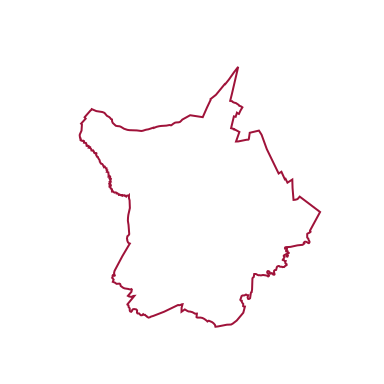 outline of Acas, Satu Mare, Romania, rotated 110°
{"feature_id": "2599482B53460210848238", "entity_name": "Acas", "entity_type": "district", "adm_level": 2, "iso_a3": "ROU", "parent_name": "Romania", "parent_adm1": "Satu Mare", "projection": "natural_earth1", "projection_center": [22.756, 47.519], "detail": "fine", "context": "isolated", "style": "outline", "palette": "rose", "viewbox_px": 384, "rotation_deg": 110, "n_neighbors": 0, "source": "geoboundaries", "source_scale": "gbopen_adm2", "svg_char_len": 6037}
<svg xmlns="http://www.w3.org/2000/svg" viewBox="0 0 384 384"><g transform="rotate(110 192 192)"><path d="M158.5,318.5L159.4,317.0L165.7,319.6L166.1,318.6L166.3,318.5L172.1,316.8L176.3,317.1L177.2,316.9L179.1,315.9L179.5,315.6L179.4,315.4L179.6,315.1L180.1,315.1L180.1,314.9L180.5,314.7L180.7,314.4L181.4,314.4L181.6,313.6L181.4,312.1L181.0,311.9L181.1,310.9L181.6,310.6L182.5,310.4L182.3,310.0L182.5,309.4L182.2,308.6L182.3,308.2L184.7,306.8L184.6,306.3L184.1,306.0L184.3,305.4L184.1,304.9L184.5,304.6L185.6,304.3L185.4,304.0L184.7,303.7L184.7,303.1L185.6,302.9L185.6,302.3L186.1,301.5L187.3,300.7L187.0,300.2L187.2,299.8L186.8,299.2L187.2,298.9L187.4,298.1L188.2,297.7L188.8,297.0L188.8,296.6L188.5,296.3L188.2,295.2L188.6,294.9L189.7,294.9L190.2,294.6L190.6,293.9L191.3,293.5L191.3,292.4L192.4,291.5L193.8,289.6L195.1,289.0L195.6,288.1L196.2,287.7L196.5,287.2L196.4,285.9L197.4,284.5L197.9,284.2L198.8,283.2L198.0,282.7L199.1,281.1L199.0,280.4L200.5,279.9L200.5,279.1L201.2,279.0L201.6,278.6L202.2,278.8L202.2,277.3L205.1,276.0L205.3,275.7L204.9,275.4L205.0,275.2L206.2,275.6L206.2,275.0L205.5,274.5L205.5,274.2L205.8,274.0L207.3,274.1L207.2,273.3L207.3,272.9L207.7,273.0L207.9,273.5L208.1,273.5L208.5,273.1L208.5,272.6L209.4,272.6L210.0,272.0L210.3,272.8L210.5,272.9L210.6,272.7L210.5,272.4L211.1,272.1L210.9,271.7L211.6,272.2L212.3,272.2L212.4,272.7L212.5,272.7L212.9,272.3L212.6,272.0L213.1,271.9L212.7,271.4L212.8,271.1L214.7,271.3L214.3,270.5L214.7,270.5L215.2,270.8L215.5,270.7L216.0,269.8L216.6,269.5L216.6,268.5L216.9,268.1L217.5,267.8L218.4,267.7L219.0,267.2L218.4,266.4L218.9,265.5L219.1,264.7L218.5,263.6L218.5,262.9L218.7,262.5L219.1,262.3L218.7,261.6L219.3,260.2L219.8,259.7L219.6,259.3L219.1,259.1L219.4,258.0L219.1,257.6L218.7,256.6L218.8,256.3L219.4,256.4L219.5,256.2L219.2,255.9L218.6,255.9L218.6,255.0L218.1,254.2L218.2,253.8L218.6,253.6L218.5,252.9L218.8,252.3L217.8,252.0L217.2,251.0L217.4,250.4L216.7,250.1L219.2,249.2L221.2,247.8L228.3,244.9L235.3,244.0L238.2,243.3L241.0,242.4L244.6,240.4L253.0,236.6L254.4,236.8L255.7,237.6L258.3,237.1L258.9,236.5L259.8,236.2L261.3,234.8L261.7,233.7L261.7,232.8L276.1,235.5L292.6,237.8L295.0,237.5L296.9,236.0L297.3,236.4L296.9,237.6L297.1,237.9L297.8,238.0L299.6,237.4L300.0,237.6L301.1,235.7L303.5,235.7L303.5,233.6L304.1,231.5L302.9,228.8L303.1,228.0L304.7,226.8L305.6,223.7L305.6,222.2L304.9,218.7L304.9,217.8L304.5,216.1L304.0,215.8L304.2,215.2L306.5,214.8L311.5,216.7L311.7,215.4L311.3,213.1L309.7,211.5L309.3,210.6L319.7,214.3L319.9,214.2L320.3,212.9L320.8,212.6L321.7,212.3L322.6,210.8L324.6,210.0L325.1,209.6L325.4,209.1L325.4,208.2L324.1,207.7L323.3,207.8L322.2,207.2L321.7,206.0L321.4,204.3L322.0,203.1L324.1,202.5L324.7,201.8L324.7,201.3L324.2,200.4L325.2,198.3L325.3,197.7L324.7,196.6L323.5,196.1L323.9,195.0L323.5,194.1L324.1,193.1L324.1,192.3L324.7,191.4L324.9,189.9L324.0,188.6L323.2,188.0L321.7,186.0L314.0,177.2L303.1,166.6L302.9,166.3L302.9,165.5L302.0,164.1L301.2,163.4L300.7,162.5L304.3,162.2L308.1,160.9L304.8,158.6L305.4,155.5L305.4,154.1L305.0,152.9L304.8,150.5L305.3,147.5L304.6,145.8L308.0,145.0L308.2,144.4L308.1,143.7L307.1,141.1L306.8,139.1L307.1,136.9L308.0,133.9L308.4,133.2L307.2,132.2L307.4,128.7L307.9,127.0L308.7,125.5L309.1,124.9L310.6,123.9L309.5,121.7L304.8,113.9L303.2,110.0L301.9,108.8L297.5,106.0L287.9,102.5L281.6,103.1L281.9,104.3L281.8,104.9L279.6,105.6L279.1,106.6L278.7,107.1L278.0,107.7L277.2,108.0L277.4,108.8L276.8,109.7L272.8,109.8L272.0,109.2L271.2,107.3L269.9,106.2L270.1,105.0L269.8,103.9L272.0,103.7L273.2,102.8L273.2,102.3L272.8,101.6L271.9,101.1L267.0,102.1L266.0,102.1L265.7,101.7L263.1,102.2L252.7,105.6L251.9,105.6L250.7,104.9L247.8,105.5L247.2,103.9L247.5,102.0L247.5,101.0L247.1,100.2L246.8,98.7L245.7,96.9L245.1,94.1L245.0,92.4L245.3,91.6L244.5,91.0L244.2,91.0L243.0,92.1L242.1,93.7L241.3,94.0L240.7,93.9L240.3,93.6L240.2,92.7L240.5,91.9L241.1,91.4L241.8,90.4L241.8,90.0L241.1,89.6L240.9,89.3L241.0,88.8L241.8,87.5L241.7,86.6L241.3,86.3L241.0,86.3L239.3,87.5L237.9,87.9L237.1,87.5L236.6,86.5L236.4,86.3L233.6,86.6L232.9,86.4L232.0,85.5L231.8,84.8L232.1,83.7L231.5,82.1L231.7,81.4L231.3,80.8L231.0,79.8L229.7,79.2L228.3,78.1L227.5,78.4L227.1,79.8L226.4,80.2L224.9,80.4L225.3,81.2L224.5,82.3L224.9,83.2L224.8,83.5L221.5,82.8L221.3,82.9L220.9,83.8L220.4,84.0L219.5,83.5L218.8,82.6L218.0,82.2L218.2,81.7L220.1,81.0L220.2,80.5L220.1,80.2L218.9,80.1L217.3,81.6L216.8,81.4L216.4,80.4L216.2,80.2L216.0,80.3L215.8,81.4L214.9,82.0L215.4,83.3L214.7,83.6L213.4,83.2L212.8,83.3L212.5,84.1L213.3,85.2L212.9,85.5L212.4,85.5L212.1,85.4L211.6,84.7L209.9,80.7L206.1,74.7L203.8,70.0L202.2,69.0L202.1,69.4L201.5,69.6L200.7,69.3L200.1,68.9L199.8,68.0L199.8,66.9L200.2,65.2L200.1,64.7L199.8,64.5L199.1,64.4L198.3,64.7L196.9,66.3L196.0,66.8L195.6,67.8L195.3,68.2L192.0,69.4L191.5,69.2L190.1,67.7L189.0,67.0L188.6,67.1L188.4,67.8L187.8,67.9L167.0,64.8L159.5,89.2L162.3,90.3L162.9,90.8L164.0,92.4L164.7,93.9L153.8,98.9L146.0,102.0L150.6,105.5L147.6,108.6L148.3,109.1L142.4,114.9L145.0,116.9L126.1,136.4L114.4,146.2L111.4,150.1L116.6,158.0L122.8,156.7L123.5,156.9L124.3,158.7L128.7,165.9L129.5,167.9L119.4,168.0L118.8,171.9L118.9,174.0L118.4,174.0L118.7,177.1L106.6,178.5L106.4,176.7L102.1,176.9L102.6,175.2L102.6,174.6L98.9,174.3L95.2,173.6L94.8,175.1L94.8,177.2L94.2,177.9L93.4,181.2L93.6,183.0L93.5,184.4L93.0,185.2L93.3,187.3L85.7,188.1L58.6,191.4L65.2,193.5L73.8,195.8L79.4,197.7L79.3,198.1L92.4,202.7L98.4,206.4L99.1,206.0L107.5,206.8L118.0,207.5L120.5,220.0L127.3,225.9L128.8,226.5L130.3,227.3L131.1,228.4L132.0,230.5L132.6,231.6L134.2,232.9L136.4,234.3L136.6,234.8L136.6,235.6L136.9,236.3L138.4,238.8L140.4,243.4L141.5,245.5L142.9,247.6L144.9,249.8L144.6,250.1L148.0,254.4L149.2,256.5L151.2,259.1L152.0,260.5L153.0,264.9L155.3,272.0L155.7,274.0L155.8,277.5L155.1,280.9L155.0,282.4L155.6,284.7L155.8,286.3L154.2,290.1L153.0,291.2L151.2,292.0L151.1,293.2L150.4,294.2L149.9,295.4L149.5,298.0L147.6,301.3L147.5,303.5L148.7,309.6L148.4,314.6L149.4,314.7L150.0,315.2L158.5,318.5Z" fill="none" stroke="#9f1239" stroke-width="2"/></g></svg>